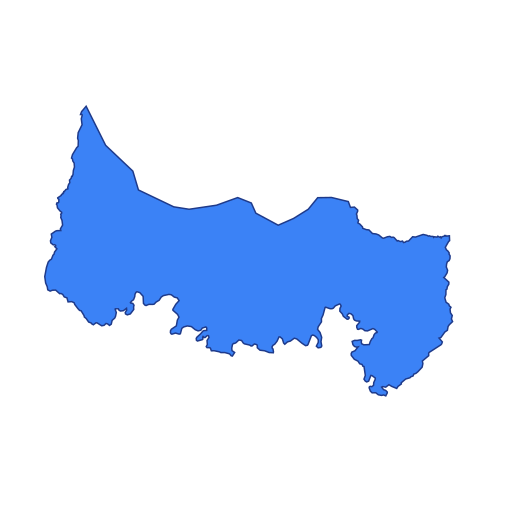 the district of Assin North, Central, Ghana, rotated 193°
{"feature_id": "2480657B44214183650816", "entity_name": "Assin North", "entity_type": "district", "adm_level": 2, "iso_a3": "GHA", "parent_name": "Ghana", "parent_adm1": "Central", "projection": "albers", "projection_center": [-1.35, 5.826], "detail": "fine", "context": "isolated", "style": "filled", "palette": "blue", "viewbox_px": 512, "rotation_deg": 193, "n_neighbors": 0, "source": "geoboundaries", "source_scale": "gbopen_adm2", "svg_char_len": 6085}
<svg xmlns="http://www.w3.org/2000/svg" viewBox="0 0 512 512"><g transform="rotate(193 256 256)"><path d="M178.3,329.8L195.6,330.0L209.0,326.7L215.6,313.3L227.9,301.0L241.3,291.0L265.8,297.7L272.5,306.6L287.0,308.8L305.9,296.6L331.7,286.5L347.2,285.4L385.4,293.9L395.1,311.0L427.4,330.0L455.2,363.7L458.4,357.5L458.8,354.4L457.4,354.7L457.0,354.0L457.1,350.4L455.0,344.8L457.0,336.2L456.3,330.6L455.1,328.6L454.0,322.9L455.1,321.2L457.6,313.6L457.8,309.9L456.7,309.3L455.9,307.4L454.1,305.6L452.9,301.8L453.2,298.3L452.6,293.9L453.1,293.0L452.9,292.2L453.6,291.9L453.6,290.0L454.8,288.0L453.9,285.5L454.7,283.7L454.9,280.6L454.4,279.1L456.1,278.1L457.4,275.6L457.8,275.5L457.7,274.3L458.4,273.7L458.1,273.3L459.4,272.1L459.3,271.3L462.3,268.1L462.0,267.4L460.8,266.8L460.3,264.1L461.0,263.1L461.8,263.1L462.1,261.6L461.3,260.9L460.3,258.3L457.1,255.8L455.2,254.9L455.0,253.9L455.7,252.8L455.0,251.4L454.9,249.6L453.0,247.0L451.4,242.6L452.7,238.4L451.9,236.9L455.7,235.9L457.0,235.1L460.4,231.3L459.1,228.3L459.7,224.6L458.9,222.6L456.0,221.2L455.0,221.7L453.6,221.3L453.5,220.4L454.1,219.8L451.6,218.2L453.2,214.5L453.2,212.4L454.0,211.1L454.6,206.9L456.0,205.5L457.1,203.4L457.6,197.8L457.2,188.4L454.9,182.4L452.5,179.1L451.3,176.2L448.7,175.5L446.6,176.9L443.5,177.7L438.8,175.1L437.6,175.6L435.7,175.1L433.6,173.0L430.8,172.7L428.8,169.0L425.2,170.1L422.6,169.5L421.7,168.0L417.6,164.6L415.7,163.3L414.1,163.3L410.0,159.1L409.6,158.0L407.4,156.9L404.2,154.0L401.7,153.7L400.9,153.0L399.0,152.4L396.9,154.9L395.9,155.1L390.6,153.3L388.4,154.3L387.0,156.5L385.4,156.5L383.1,155.4L381.7,157.0L381.7,160.9L379.7,163.7L379.3,165.6L379.4,169.5L381.2,172.3L381.2,172.9L378.2,173.6L377.2,172.3L375.7,171.9L372.9,172.9L370.4,175.9L369.8,174.2L370.7,171.5L370.1,170.2L368.2,169.7L365.4,171.3L363.1,176.4L363.8,178.8L363.8,180.6L365.4,182.1L367.6,182.0L367.9,182.4L366.9,184.3L365.5,185.8L365.0,189.2L365.3,191.4L364.8,193.5L364.0,194.4L361.0,194.2L356.9,191.3L355.0,184.5L353.3,183.2L352.0,183.0L349.5,184.8L345.7,185.6L344.4,186.2L343.0,188.6L340.4,191.1L339.1,194.7L337.3,196.6L332.2,199.0L329.8,199.2L326.4,197.6L323.3,197.5L320.9,195.2L323.3,190.9L325.0,185.3L324.7,184.4L319.3,181.5L317.3,179.1L318.2,175.8L317.9,170.0L322.0,165.6L322.5,164.0L322.2,162.2L321.4,161.2L320.4,160.9L317.1,162.8L313.3,162.6L312.2,163.2L312.0,168.8L310.5,170.6L307.2,172.4L303.1,172.7L298.6,170.5L295.6,170.0L293.1,171.2L292.1,173.7L288.9,175.6L287.8,174.8L287.3,172.4L290.0,171.6L290.9,170.8L292.4,167.8L295.3,163.6L295.7,162.3L295.1,160.5L293.9,160.0L289.5,162.4L289.1,163.1L289.7,164.9L289.5,165.7L288.1,164.9L287.2,165.2L285.7,167.4L284.9,167.7L284.3,167.6L283.5,166.1L284.7,162.6L283.5,158.8L284.1,156.5L283.1,155.7L280.4,156.3L279.6,155.8L278.2,153.6L275.4,154.3L270.0,154.4L268.6,154.0L264.7,154.9L259.7,154.7L257.7,153.2L256.5,153.2L255.1,157.2L258.1,158.4L258.9,160.8L259.0,164.6L258.0,165.9L257.2,166.0L256.0,167.0L253.8,170.3L251.0,170.4L248.9,168.4L247.6,167.8L242.1,167.8L240.6,167.2L239.6,167.5L237.8,169.9L236.0,169.9L234.7,169.4L234.1,166.9L230.9,165.1L226.3,165.6L221.5,164.9L217.4,165.6L217.4,166.5L218.5,169.2L219.6,170.0L219.9,171.4L219.3,172.9L217.9,174.3L216.3,177.8L215.4,182.3L214.4,182.6L211.7,181.2L209.5,177.4L208.1,176.5L206.0,179.4L203.4,180.8L200.2,184.5L197.7,184.4L191.5,181.3L187.5,179.8L185.8,180.6L185.4,181.6L184.1,190.8L182.9,191.8L181.2,191.6L178.6,190.3L176.5,188.5L175.9,185.9L176.9,181.7L174.8,180.5L172.6,181.4L171.9,182.1L171.7,183.2L173.4,187.1L173.7,191.5L176.4,195.9L179.5,198.4L179.5,201.0L177.4,206.6L178.2,209.8L177.4,213.6L177.1,221.4L176.6,221.8L171.8,221.3L170.1,221.7L168.9,222.6L167.5,225.3L163.8,228.1L163.0,227.9L161.8,226.4L162.4,223.8L161.9,221.1L158.9,219.0L157.3,216.9L153.0,214.9L152.0,215.2L151.3,216.3L151.5,217.3L153.6,217.8L153.8,219.0L152.6,221.0L150.6,221.1L148.2,219.8L146.7,216.7L145.6,215.7L143.6,215.3L140.3,215.8L140.2,214.8L142.2,210.8L141.8,209.2L140.6,207.5L139.8,207.5L137.5,209.0L135.4,208.8L133.1,207.7L130.5,208.1L125.7,211.6L123.7,211.2L120.8,209.2L120.9,208.6L122.3,207.8L123.2,206.0L123.6,202.6L124.5,201.5L125.4,198.4L125.7,195.2L131.0,193.7L133.3,194.3L134.1,195.8L134.2,197.7L135.2,197.9L138.4,196.5L140.9,196.0L143.1,194.4L141.6,191.4L139.7,190.0L137.3,189.8L136.1,190.4L138.2,186.0L141.0,183.9L141.3,182.2L140.8,180.6L137.0,177.5L133.0,176.5L130.7,174.3L128.3,174.2L127.0,172.6L125.9,172.6L122.6,164.2L123.1,160.3L121.4,158.7L119.8,158.2L118.1,159.4L117.2,165.5L115.9,165.5L112.3,163.9L112.1,162.6L112.8,159.2L112.4,156.4L113.7,154.8L115.4,154.7L116.1,154.0L116.1,153.0L114.2,150.1L112.1,148.8L108.6,149.7L105.6,148.3L102.3,148.4L100.5,149.3L98.1,148.9L97.3,152.1L97.5,153.0L99.4,154.2L101.7,154.5L104.1,156.5L103.1,157.3L100.1,157.4L97.5,160.5L94.5,159.5L89.1,158.6L88.3,160.9L85.6,164.0L86.0,165.1L82.5,169.8L78.6,172.0L77.9,173.2L76.0,174.4L75.7,176.4L73.8,177.6L72.2,179.7L69.1,185.1L69.2,188.7L70.3,191.1L65.3,197.7L65.9,200.2L65.6,201.0L55.9,211.0L55.3,212.1L55.1,214.2L59.2,217.2L57.5,218.2L54.9,224.4L52.8,226.7L53.0,230.5L52.2,232.5L49.7,236.3L51.4,238.6L51.4,242.2L53.7,244.3L55.0,247.9L54.5,249.9L56.4,250.9L57.3,252.4L60.4,253.7L62.7,257.8L62.3,261.1L63.3,265.8L62.5,266.7L62.7,269.1L61.8,271.9L62.2,273.9L68.2,277.3L67.4,278.3L66.0,282.6L66.1,285.2L68.1,288.1L68.5,291.1L68.3,293.4L66.8,295.0L66.4,297.0L66.9,299.8L68.3,301.3L68.5,302.5L70.0,303.9L71.9,304.9L73.5,307.0L71.6,313.4L70.8,314.5L72.1,319.2L75.0,318.2L75.5,318.1L75.7,318.6L76.8,318.4L76.9,317.8L79.2,316.5L79.7,315.3L80.6,316.2L81.4,315.6L83.3,316.2L83.9,315.1L86.4,314.9L87.1,314.1L87.5,314.8L88.4,314.8L90.2,314.4L91.4,314.7L92.5,314.2L94.1,314.6L98.0,314.6L104.9,310.3L107.7,310.0L110.7,304.9L112.8,304.2L113.8,303.0L115.3,302.3L116.6,303.5L118.6,302.5L121.1,303.0L121.8,302.4L125.5,305.0L126.6,305.2L128.2,304.6L130.0,305.2L132.3,304.3L135.7,302.0L136.9,302.0L141.1,304.1L143.9,304.5L147.6,304.1L151.8,306.8L154.5,306.5L158.2,307.0L158.8,308.3L161.9,310.4L164.2,311.2L164.1,313.9L165.8,315.2L166.8,318.3L167.6,319.5L167.0,322.6L167.3,323.7L171.1,325.8L174.9,324.6L178.3,329.8Z" fill="#3b82f6" stroke="#1e3a8a" stroke-width="1.5"/></g></svg>